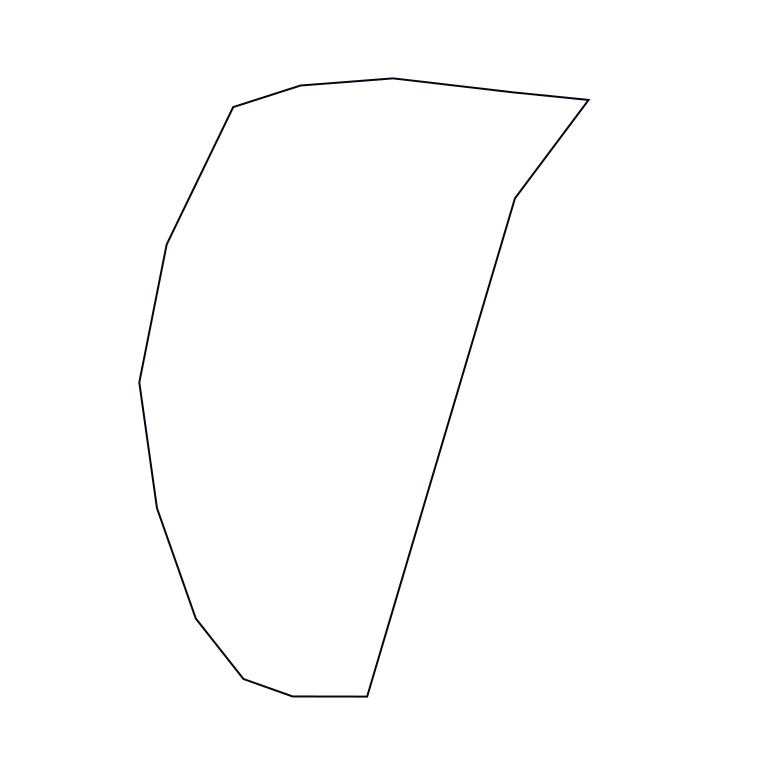 SVG path tracing the border of Southampton, rotated 262°
{"feature_id": "GBR-2036", "entity_name": "Southampton", "entity_type": "Unitary Authority", "adm_level": 1, "iso_a3": "GBR", "parent_name": "United Kingdom", "parent_adm1": "", "projection": "natural_earth1", "projection_center": [-1.363, 50.901], "detail": "fine", "context": "isolated", "style": "outline", "palette": "ink", "viewbox_px": 768, "rotation_deg": 262, "n_neighbors": 0, "source": "natural_earth", "source_scale": "10m", "svg_char_len": 332}
<svg xmlns="http://www.w3.org/2000/svg" viewBox="0 0 768 768"><g transform="rotate(262 384 384)"><path d="M636.8,626.1L549.6,539.5L76.8,323.8L87.3,250.0L111.4,203.8L177.9,165.0L292.7,141.9L419.6,141.9L552.4,188.2L679.2,273.2L691.2,342.9L685.4,435.5L655.1,551.4L636.8,626.1Z" fill="none" stroke="#020617" stroke-width="2"/></g></svg>